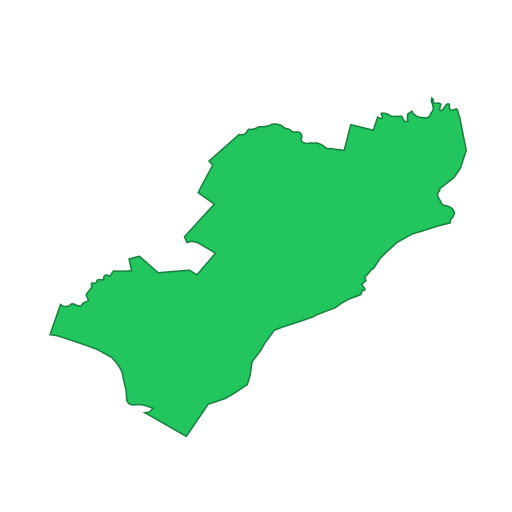 Zarand, Arad, Romania, rotated 12°
{"feature_id": "2599482B32759719925344", "entity_name": "Zarand", "entity_type": "district", "adm_level": 2, "iso_a3": "ROU", "parent_name": "Romania", "parent_adm1": "Arad", "projection": "robinson", "projection_center": [21.64, 46.399], "detail": "fine", "context": "isolated", "style": "filled", "palette": "green", "viewbox_px": 512, "rotation_deg": 12, "n_neighbors": 0, "source": "geoboundaries", "source_scale": "gbopen_adm2", "svg_char_len": 4272}
<svg xmlns="http://www.w3.org/2000/svg" viewBox="0 0 512 512"><g transform="rotate(12 256 256)"><path d="M274.2,383.7L274.3,382.2L275.1,374.2L274.1,360.3L280.2,347.5L282.9,339.2L289.3,324.9L296.2,320.3L310.8,311.9L325.1,303.2L326.8,301.4L337.4,294.5L344.4,290.1L345.9,288.2L350.0,283.9L355.5,279.1L366.5,272.0L367.2,267.6L369.3,266.9L369.4,265.5L365.3,261.8L365.7,261.1L368.7,257.3L366.8,254.5L372.3,244.3L373.5,244.0L377.7,233.0L383.9,223.3L385.0,222.1L391.0,213.5L398.4,207.0L404.5,201.8L414.0,196.7L427.1,189.1L436.5,184.5L439.2,183.1L438.8,182.0L438.7,181.7L438.9,179.5L439.9,178.1L440.7,175.9L441.1,173.7L441.0,172.0L440.0,171.1L439.1,169.5L437.9,168.8L435.1,167.7L432.8,167.3L431.5,167.3L429.5,167.4L427.7,166.9L426.3,165.9L425.0,163.9L423.5,162.3L421.7,160.3L420.8,158.5L420.8,156.9L421.3,155.2L421.9,154.3L422.0,153.7L422.1,153.1L421.4,152.4L433.5,138.0L437.7,127.4L439.7,109.0L426.0,77.0L424.6,75.8L424.3,73.8L423.3,72.7L422.7,71.2L421.3,70.4L419.8,71.3L417.8,72.6L416.2,72.7L414.7,71.7L414.1,70.1L413.9,68.0L413.3,67.2L412.7,67.2L410.8,67.9L409.4,71.6L408.6,73.0L407.6,74.9L406.5,75.5L405.6,75.4L405.1,74.4L405.2,70.9L405.3,69.1L403.7,68.5L402.0,68.5L400.1,69.4L398.2,69.3L397.7,68.9L397.1,68.4L397.0,66.2L396.1,65.7L395.2,65.0L395.2,66.6L395.4,68.3L397.1,70.8L397.9,72.9L398.8,74.4L398.6,77.8L398.0,78.7L397.4,79.7L397.1,82.2L396.1,83.9L394.1,85.5L390.0,86.0L387.2,86.3L384.5,86.1L382.4,85.2L379.9,83.9L379.3,82.7L378.3,81.9L377.9,82.6L375.9,84.5L374.8,85.8L375.2,87.7L375.6,90.6L376.7,92.1L376.0,92.9L374.4,93.3L373.4,93.2L372.5,92.7L371.4,91.8L370.9,90.6L370.2,89.5L369.3,89.1L368.1,89.1L366.9,89.7L365.7,90.0L364.1,90.2L361.0,91.1L359.6,91.2L358.3,90.9L356.1,90.1L355.0,89.8L353.4,89.7L351.5,89.7L350.0,90.0L349.4,90.1L348.8,90.6L348.9,91.0L349.5,92.2L350.3,92.7L350.5,93.0L350.7,93.7L350.6,94.3L350.9,94.7L350.3,95.3L348.9,95.6L347.8,95.3L346.1,94.8L344.6,108.6L321.7,107.8L321.4,107.9L320.6,127.1L320.3,134.4L319.6,134.4L316.4,134.6L313.4,134.9L309.7,135.3L306.3,135.3L304.4,136.1L303.0,136.0L301.9,135.8L300.7,135.3L299.0,134.1L295.9,133.3L293.3,132.8L290.9,133.0L289.0,133.6L286.2,134.0L284.8,134.5L282.6,135.4L280.2,135.4L279.0,135.2L277.1,134.5L276.4,133.9L275.7,132.7L276.0,130.7L276.1,129.6L275.3,127.9L274.5,126.9L273.1,126.2L271.8,126.0L270.5,126.0L269.8,126.3L268.4,126.8L266.6,127.0L265.1,126.8L263.7,125.9L262.5,125.3L261.1,125.1L258.3,125.0L256.3,124.6L254.6,123.4L253.4,122.9L251.4,122.7L249.1,122.8L247.4,122.9L246.2,123.1L245.2,123.5L244.2,123.8L243.0,125.0L241.1,126.0L238.8,127.1L237.7,127.5L235.4,128.4L233.7,128.5L232.2,129.0L231.4,129.5L229.9,130.7L228.1,131.8L226.6,132.7L225.3,133.1L223.3,133.5L222.4,133.6L222.0,134.4L221.4,135.5L221.2,136.8L220.3,138.2L219.3,139.3L218.0,140.2L217.0,140.4L216.0,140.6L214.2,140.6L206.1,151.6L190.3,172.9L194.8,176.1L187.8,200.2L186.3,206.1L204.4,213.9L182.0,252.1L185.8,257.2L189.3,255.2L195.2,254.8L206.4,258.4L215.8,261.7L202.1,286.7L193.8,283.7L163.8,292.7L142.0,280.5L132.5,285.3L137.3,296.3L130.4,298.2L119.6,300.4L117.2,306.2L117.0,306.5L116.5,306.3L116.0,306.1L114.3,305.6L113.4,305.7L112.2,306.5L111.8,307.2L111.5,308.0L111.6,309.0L111.9,309.8L112.0,310.5L111.4,311.1L110.0,311.3L108.8,311.6L107.6,311.7L106.4,312.1L105.6,313.0L105.5,313.8L105.3,314.8L105.0,315.5L104.6,315.8L103.6,316.2L102.1,316.3L101.3,316.4L101.0,317.1L100.7,317.9L101.0,318.4L101.6,319.1L101.9,319.8L101.6,321.1L100.0,324.5L98.0,328.5L98.2,329.9L99.9,332.2L100.2,332.7L100.6,333.3L101.1,334.0L101.2,334.6L100.7,335.3L99.8,335.9L98.3,336.7L96.8,337.9L95.4,340.8L94.7,341.5L93.5,341.6L91.4,341.7L90.3,341.5L89.4,341.0L88.6,340.9L87.6,340.9L86.6,340.9L85.8,341.0L85.2,341.7L84.4,342.5L83.9,343.4L82.7,344.1L81.1,344.7L79.6,345.2L78.2,345.2L76.9,345.0L75.8,344.4L74.9,344.0L72.3,364.6L71.6,369.7L71.6,370.4L70.9,375.8L72.7,375.6L75.9,375.4L78.6,375.3L104.4,378.2L120.2,380.4L136.0,385.3L142.0,389.6L143.9,391.6L146.1,393.7L149.2,397.6L152.9,406.1L156.8,414.4L159.7,424.4L162.4,427.0L166.2,427.4L168.8,426.7L171.5,425.8L177.4,425.2L187.1,426.3L184.9,429.4L184.0,430.9L181.9,431.6L180.8,432.0L179.8,432.3L180.3,432.5L181.8,433.0L183.2,433.4L225.3,447.0L238.0,415.9L240.0,410.9L246.1,407.4L255.5,401.8L262.6,395.4L270.2,387.7L273.4,384.4L273.8,384.0L274.2,383.7Z" fill="#22c55e" stroke="#15803d" stroke-width="1.5"/></g></svg>